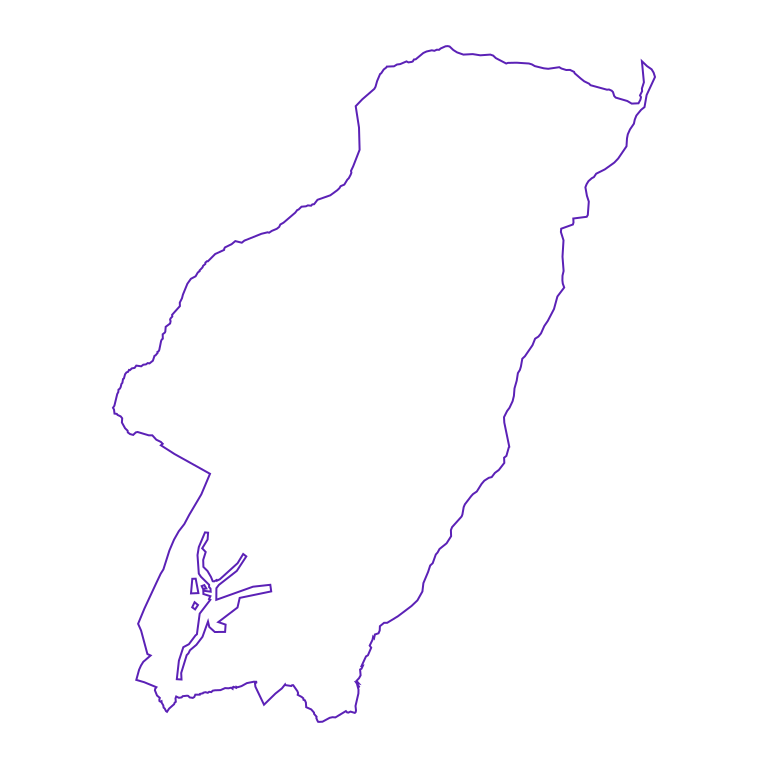 Capalnita, Harghita, Romania
{"feature_id": "2599482B88732151149022", "entity_name": "Capalnita", "entity_type": "district", "adm_level": 2, "iso_a3": "ROU", "parent_name": "Romania", "parent_adm1": "Harghita", "projection": "albers", "projection_center": [25.497, 46.388], "detail": "fine", "context": "isolated", "style": "outline", "palette": "violet", "viewbox_px": 768, "rotation_deg": 0, "n_neighbors": 0, "source": "geoboundaries", "source_scale": "gbopen_adm2", "svg_char_len": 6059}
<svg xmlns="http://www.w3.org/2000/svg" viewBox="0 0 768 768"><path d="M306.2,707.2L311.2,709.4L314.0,712.6L314.1,713.9L316.6,716.8L316.3,718.0L317.3,720.4L318.1,721.8L319.0,721.9L322.5,721.7L329.7,717.8L332.5,717.2L335.4,717.4L345.9,711.1L347.1,712.4L348.4,712.6L350.5,711.6L354.8,712.9L355.7,712.0L356.0,710.4L355.5,706.0L358.4,693.5L358.5,689.6L357.6,686.2L359.5,687.3L356.2,682.6L358.6,683.3L356.5,680.9L359.1,678.1L360.6,675.3L360.1,669.5L361.5,668.7L362.9,665.7L361.6,665.9L366.0,656.4L367.9,655.3L371.2,647.7L369.7,645.6L372.5,639.8L373.1,636.9L374.1,638.2L374.9,634.5L378.5,633.3L379.7,630.5L379.9,626.2L384.1,622.8L387.2,622.8L398.0,616.2L411.5,606.0L417.4,600.4L422.4,591.5L423.4,583.1L428.1,571.9L430.2,565.5L432.7,563.2L435.8,554.5L437.6,552.5L439.5,549.0L446.6,543.3L451.1,536.2L450.9,530.1L452.1,527.1L461.6,516.5L462.4,514.5L463.7,507.1L464.9,504.3L471.1,496.2L473.0,494.1L476.8,491.5L481.5,484.0L484.3,480.7L488.8,477.8L491.7,477.1L494.9,472.9L498.9,469.9L504.3,462.9L504.1,457.7L506.4,455.9L508.8,447.4L509.3,446.9L504.3,422.6L504.0,417.2L507.1,411.0L509.5,407.8L512.6,401.2L513.9,395.9L514.5,388.4L516.7,380.7L517.9,373.1L519.9,369.9L520.9,366.6L522.3,358.7L524.9,356.3L532.5,345.2L535.1,338.7L538.4,336.6L541.0,333.4L544.3,326.0L547.8,320.9L554.0,309.0L557.4,296.5L564.2,287.5L562.8,283.6L562.4,280.3L562.5,275.7L563.6,271.0L562.5,256.7L563.5,240.3L560.9,232.0L561.2,228.7L572.9,224.5L573.5,222.5L573.3,218.5L586.7,216.8L587.8,215.0L588.8,201.6L586.9,195.7L585.4,187.3L586.6,184.2L588.5,181.1L591.8,178.2L593.9,177.1L596.2,173.7L604.8,169.4L614.3,162.6L618.2,158.5L626.5,146.3L627.0,138.4L627.8,134.3L630.0,129.4L633.9,123.7L634.8,119.5L636.4,115.5L641.1,109.8L644.5,107.1L646.6,95.1L655.0,77.0L653.6,72.6L651.6,69.3L647.0,66.1L641.9,61.2L643.9,82.3L641.9,88.5L642.1,91.2L640.0,95.4L641.0,97.1L640.4,99.7L638.5,103.3L631.7,103.6L627.3,101.0L615.7,97.6L614.2,96.0L613.0,92.1L611.7,90.7L609.0,89.5L607.0,89.7L590.5,85.2L589.1,83.7L584.2,81.3L580.7,78.5L574.7,73.3L574.1,71.9L570.0,69.9L566.2,70.0L561.4,68.5L559.3,67.2L548.2,68.8L543.8,68.3L534.8,66.1L531.9,64.4L528.9,63.5L516.5,62.7L507.9,62.9L506.2,63.5L495.8,58.1L493.2,55.6L490.3,54.6L480.3,55.3L472.7,54.1L463.4,54.6L457.1,52.4L453.3,50.0L449.6,46.5L447.7,46.1L445.5,46.3L440.6,48.5L439.1,49.8L436.8,49.7L434.4,50.8L431.8,50.3L426.5,51.5L423.3,53.0L415.7,59.3L413.9,59.5L412.8,61.4L411.7,61.9L408.4,62.4L406.5,61.4L400.2,64.1L397.0,64.5L394.0,66.3L386.8,66.6L386.3,67.5L383.7,69.5L381.2,73.3L380.1,74.0L377.1,81.1L375.5,86.8L374.3,88.9L362.3,99.3L355.7,106.2L359.0,127.5L359.6,149.8L353.1,166.5L351.0,170.9L351.4,172.7L350.6,174.8L348.8,178.2L347.3,179.7L344.3,184.6L340.6,186.2L339.4,188.2L337.3,190.2L330.3,195.3L317.5,199.8L314.1,204.2L312.3,204.4L311.1,205.7L307.8,205.4L306.0,206.3L301.5,206.7L298.5,209.6L297.3,210.0L295.2,212.7L283.5,222.7L280.3,224.5L279.2,226.9L276.8,228.8L271.8,230.9L269.1,232.7L267.6,232.3L261.4,233.8L244.4,240.6L241.8,242.7L235.3,241.1L231.7,244.1L225.0,247.4L224.3,248.5L224.1,249.9L215.2,254.0L207.9,261.3L207.0,261.2L205.4,262.6L205.3,264.0L203.1,265.8L202.5,267.4L199.5,270.5L199.6,271.2L197.8,272.5L195.6,276.3L190.9,278.8L187.4,283.7L182.9,294.7L182.0,298.2L179.8,302.6L179.9,306.1L172.1,314.8L172.3,316.5L170.5,318.5L170.1,319.8L170.6,321.1L170.1,323.5L165.7,326.8L165.3,331.6L164.9,332.5L162.7,334.3L162.8,338.7L161.8,339.5L161.1,341.0L159.3,349.8L158.7,351.1L157.4,352.0L157.6,352.9L155.5,355.4L154.5,355.8L152.9,360.7L149.5,363.4L147.7,363.1L145.9,364.4L143.3,364.7L141.2,366.3L136.3,365.6L134.6,367.9L131.8,368.4L130.0,370.1L129.0,369.9L128.1,371.8L126.5,372.4L125.1,374.2L123.9,378.5L123.0,379.1L122.4,382.8L121.4,384.0L120.7,387.0L119.9,388.6L118.5,389.6L118.3,392.0L117.2,394.1L114.4,405.7L113.0,407.8L114.0,409.5L114.5,413.6L116.8,413.9L117.5,414.9L120.7,416.4L122.2,418.3L121.9,422.5L125.1,428.3L127.6,430.7L127.8,432.4L130.1,434.1L133.2,434.9L135.8,432.4L137.6,432.0L148.7,435.3L152.3,435.3L156.3,439.7L160.8,441.9L162.7,443.8L160.9,445.3L174.3,453.9L210.0,473.8L201.3,494.4L189.3,514.7L184.3,524.1L178.8,531.2L174.0,539.7L169.4,550.5L163.4,569.4L160.7,573.7L156.3,583.0L144.4,608.6L138.1,623.8L141.1,630.6L147.4,654.0L150.6,655.5L143.3,661.8L141.0,665.5L139.1,669.7L136.3,679.9L144.2,682.2L156.4,687.2L155.2,688.8L154.9,690.3L157.0,695.5L159.8,697.9L159.3,699.8L159.5,701.1L160.5,701.7L161.5,701.2L161.7,702.7L163.3,705.4L163.6,707.6L164.7,708.5L166.0,711.1L167.0,711.8L169.1,708.6L174.1,704.2L174.7,702.6L175.8,701.8L175.5,698.4L176.2,696.5L178.9,697.8L181.6,697.4L182.7,696.2L187.1,695.7L188.2,695.9L189.7,697.4L192.8,697.9L194.3,697.0L195.3,694.7L199.8,694.7L200.0,693.9L202.9,693.3L203.3,692.7L205.5,692.2L207.8,692.8L209.2,691.8L211.3,692.1L212.7,690.7L214.9,690.3L220.5,690.1L225.1,688.1L228.5,688.3L231.1,687.7L232.6,688.8L232.9,687.2L233.5,686.8L236.1,687.8L236.3,686.8L237.5,687.3L241.5,686.1L246.9,683.1L253.9,681.7L256.2,681.8L256.3,682.6L255.0,683.4L255.4,686.7L264.0,704.7L275.5,693.5L281.9,688.4L285.1,684.4L285.4,685.1L291.3,686.0L292.1,685.2L293.2,685.2L297.4,691.2L298.1,693.0L297.7,694.8L301.6,696.9L303.3,698.3L303.5,699.8L304.9,700.3L305.9,702.6L306.2,707.2ZM212.7,581.2L214.1,581.4L216.6,580.0L216.9,580.7L219.8,579.3L237.6,563.2L243.2,554.0L246.3,556.4L236.8,570.9L218.9,584.9L216.4,588.2L216.3,599.8L253.0,586.7L270.3,584.8L271.2,591.4L239.7,597.9L237.5,607.5L218.3,622.1L225.6,624.6L225.1,631.9L214.8,632.0L209.3,627.0L208.0,621.5L202.5,636.8L196.4,644.8L190.0,650.2L188.4,653.4L186.7,655.1L181.2,673.0L181.5,679.5L176.8,679.2L178.9,660.7L183.3,647.2L188.9,644.2L195.5,635.4L196.9,634.3L199.7,613.6L210.3,599.8L209.0,599.1L210.4,596.2L203.4,594.0L203.3,590.7L210.7,591.7L210.5,588.6L209.1,587.1L209.1,584.8L200.9,576.7L198.8,573.6L197.5,555.1L198.8,547.1L205.0,532.4L208.1,532.7L207.6,539.5L202.2,548.3L205.7,552.0L203.2,559.9L203.4,566.9L207.5,571.0L211.0,577.0L212.7,581.2ZM198.4,593.1L191.0,593.4L192.3,578.8L195.7,578.7L198.4,593.1ZM198.0,605.0L195.1,609.4L192.2,607.3L194.6,602.2L198.0,605.0ZM206.3,588.5L203.1,589.0L201.7,586.1L204.3,585.1L206.3,588.5Z" fill="none" stroke="#5b21b6" stroke-width="2"/></svg>